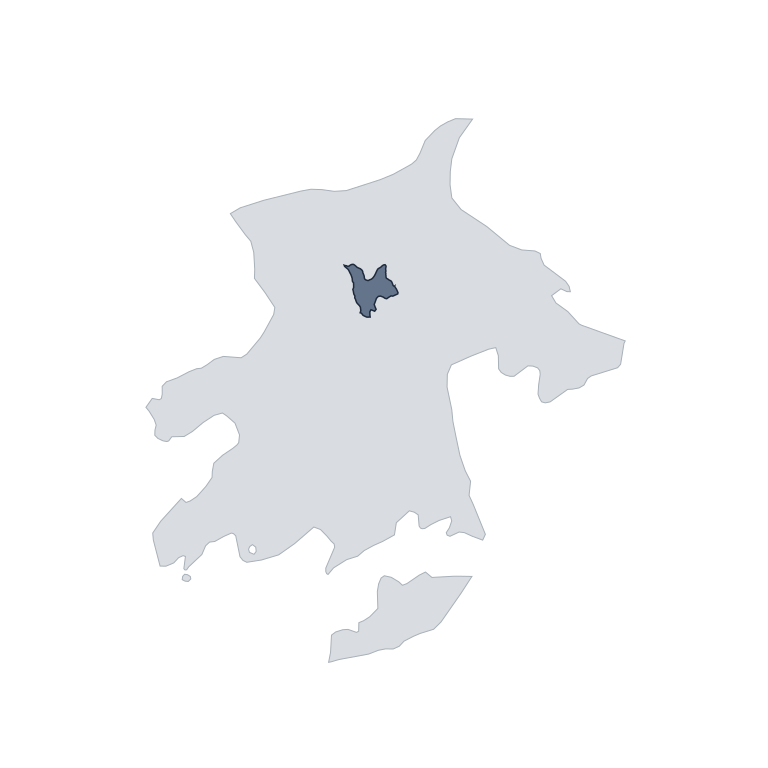 Agsu District, Ağsu, Azerbaijan shown in context, rotated 292°
{"feature_id": "54616110B12323901372431", "entity_name": "Agsu District", "entity_type": "district", "adm_level": 2, "iso_a3": "AZE", "parent_name": "Azerbaijan", "parent_adm1": "Ağsu", "projection": "robinson", "projection_center": [48.44, 40.562], "detail": "fine", "context": "in_parent", "style": "filled", "palette": "slate", "viewbox_px": 768, "rotation_deg": 292, "n_neighbors": 0, "source": "geoboundaries", "source_scale": "gbopen_adm2", "svg_char_len": 5000}
<svg xmlns="http://www.w3.org/2000/svg" viewBox="0 0 768 768"><g transform="rotate(292 384 384)"><path d="M514.3,591.5L511.5,591.3L490.9,596.0L486.6,594.5L469.1,573.1L465.4,570.7L457.9,569.8L453.4,566.3L449.8,560.6L447.8,556.3L429.6,544.7L426.9,540.5L426.5,536.8L429.2,533.4L432.3,530.6L441.2,527.7L451.5,525.2L454.8,523.4L456.5,520.4L456.4,515.4L454.7,510.6L439.9,501.7L438.3,497.9L437.8,493.3L438.6,488.4L441.0,484.6L453.1,479.4L459.6,474.0L455.5,468.0L442.5,454.3L427.0,439.3L416.7,439.1L404.8,443.6L385.7,456.4L375.1,461.9L361.3,471.0L346.3,481.1L334.0,491.8L326.3,500.7L312.6,504.6L305.6,512.0L282.6,534.3L276.2,534.0L275.9,523.0L276.3,514.2L274.9,509.1L267.5,502.2L267.5,499.2L269.5,497.4L275.1,498.5L282.4,498.1L285.9,495.4L278.2,486.3L271.3,480.2L265.4,476.0L264.1,473.6L264.1,471.8L265.4,469.8L275.5,464.7L276.5,460.1L275.9,455.0L260.0,447.4L248.0,450.2L237.4,441.6L230.6,435.0L222.1,428.0L214.5,424.1L207.2,415.2L194.6,406.1L186.5,403.5L186.6,402.1L188.1,400.4L191.5,399.0L214.2,399.4L217.0,397.7L218.5,393.8L221.6,388.1L225.3,379.6L225.1,372.5L202.5,360.9L186.1,350.3L174.9,336.3L167.3,323.6L167.6,319.3L169.9,315.2L187.7,303.4L188.9,300.4L188.6,298.3L182.4,292.3L174.6,286.1L172.1,281.5L167.2,279.2L157.7,279.0L141.3,271.4L137.8,270.6L137.0,269.1L137.8,267.6L149.7,264.5L149.6,262.0L146.0,258.6L139.4,256.1L133.4,250.1L131.3,244.6L152.9,228.6L159.2,225.4L173.2,228.4L202.0,239.0L200.0,244.8L202.9,248.1L209.5,252.6L222.2,257.2L233.0,259.6L238.5,257.6L246.8,255.9L257.6,261.1L267.5,267.8L272.4,270.5L275.1,271.3L282.7,269.1L291.9,260.5L295.5,250.1L296.6,245.1L291.3,238.2L280.5,230.7L268.3,224.2L260.5,218.4L255.6,207.0L250.6,205.7L249.3,204.2L248.5,200.3L248.8,194.9L250.6,190.7L255.5,188.9L260.5,188.2L265.1,184.2L270.8,176.4L273.2,172.0L283.8,174.5L285.2,181.5L287.1,183.0L291.5,182.2L298.8,179.2L304.6,181.5L312.1,189.9L322.4,198.7L328.0,204.6L330.2,208.7L335.5,212.7L343.2,217.4L349.4,224.7L354.8,241.7L360.3,245.6L380.4,252.1L387.4,253.4L407.1,255.7L414.1,254.1L424.2,239.4L433.4,224.3L441.9,221.2L457.3,213.9L466.5,207.0L470.4,199.6L479.1,185.5L484.4,177.7L493.5,184.7L509.2,203.6L531.7,234.6L537.2,243.3L540.9,253.4L544.0,265.7L549.2,276.6L572.1,304.0L582.0,314.1L598.2,327.2L603.9,330.1L611.5,330.9L625.2,331.0L638.0,336.1L644.4,339.7L650.9,344.9L656.8,350.9L662.8,366.9L640.6,361.6L618.3,362.5L605.7,365.9L593.5,370.6L581.9,377.2L574.6,390.2L568.5,420.3L559.6,448.5L559.9,461.5L563.9,474.1L563.5,480.0L559.3,482.6L554.2,487.9L547.3,513.8L543.9,519.0L539.4,522.2L538.2,519.1L538.5,512.3L528.7,506.3L523.5,513.1L520.0,527.3L512.8,542.3L512.5,545.2L514.3,591.5ZM184.7,326.2L185.8,322.2L183.0,320.4L180.1,320.3L177.5,322.3L177.4,327.3L180.9,328.2L184.7,326.2ZM110.0,443.3L106.7,439.2L105.2,436.9L115.1,435.0L131.5,429.4L136.0,432.1L140.7,437.8L143.0,442.6L143.4,451.6L145.3,453.1L153.3,450.1L156.8,453.7L162.9,458.0L173.6,462.4L189.0,455.6L196.7,453.9L203.0,454.0L206.3,456.1L207.5,463.1L206.1,471.8L204.3,476.5L207.5,480.0L220.0,488.3L225.2,492.9L222.6,500.9L231.8,520.5L234.9,528.2L238.5,537.6L219.3,533.9L184.7,526.0L175.2,521.9L166.3,511.0L161.0,505.7L153.1,498.9L146.6,496.4L141.7,491.7L139.0,484.7L134.9,478.4L127.9,471.0L112.0,446.0L110.0,443.3ZM133.0,276.5L130.9,277.9L127.6,276.5L126.7,273.4L127.0,270.2L130.2,269.4L132.9,270.4L133.6,273.3L133.0,276.5Z" fill="#d9dde1" stroke="#a8b0b8" stroke-width="1"/><path d="M479.2,302.6L478.3,303.4L477.4,306.1L477.0,307.4L476.2,308.7L475.1,309.9L474.0,311.1L473.4,311.9L472.2,313.1L470.8,314.3L469.8,315.1L468.4,315.7L467.1,316.5L466.5,317.8L464.5,318.7L462.1,319.7L460.0,319.7L458.7,320.7L457.7,321.3L456.1,322.3L455.7,322.8L454.6,324.1L453.5,324.4L452.9,324.6L451.8,325.9L450.8,326.7L449.2,328.2L448.5,329.5L447.9,330.9L447.1,332.4L446.4,333.3L444.6,334.3L443.5,335.0L441.3,335.2L441.1,335.2L441.2,336.5L439.8,338.9L439.6,341.4L439.6,343.1L440.9,346.1L442.5,345.2L445.6,343.8L448.0,344.1L448.0,345.8L448.0,348.1L450.3,348.7L452.3,346.7L454.1,345.1L456.5,345.1L460.6,344.9L463.1,345.9L464.2,347.8L464.3,350.7L463.8,352.9L464.1,354.6L466.3,356.0L468.3,357.5L468.8,359.3L471.0,361.4L472.7,363.0L473.6,362.8L473.9,362.8L476.6,360.0L477.5,358.7L478.7,357.1L478.8,357.1L478.5,356.9L478.5,356.3L478.8,355.5L479.4,355.0L480.5,354.0L481.1,353.4L481.9,352.5L482.2,351.7L482.3,350.6L482.3,350.0L482.8,348.1L482.9,346.9L483.3,346.2L484.5,345.5L485.3,345.2L485.9,344.7L487.0,344.4L488.1,343.6L489.3,343.5L490.1,343.1L491.2,342.4L492.2,342.2L493.7,341.9L494.4,341.4L495.0,340.3L494.4,339.2L493.5,338.4L492.4,337.8L491.0,337.2L490.1,336.5L488.9,335.5L487.9,335.1L485.6,334.9L483.1,334.8L480.9,334.6L479.5,334.3L477.9,333.8L476.4,333.0L475.4,331.8L474.8,331.3L473.9,330.5L473.8,329.4L473.7,328.2L474.0,327.0L474.9,326.1L475.7,325.7L476.6,325.2L477.2,324.7L478.5,323.5L479.2,322.7L480.5,322.0L481.2,321.1L481.6,320.2L482.0,318.8L482.0,317.7L482.0,316.7L482.2,315.0L482.7,313.9L483.1,312.8L483.5,311.0L483.0,309.6L481.8,308.3L480.4,307.5L479.5,306.4L479.6,304.8L479.2,303.4L479.2,302.6Z" fill="#64748b" stroke="#1e293b" stroke-width="1.5"/></g></svg>